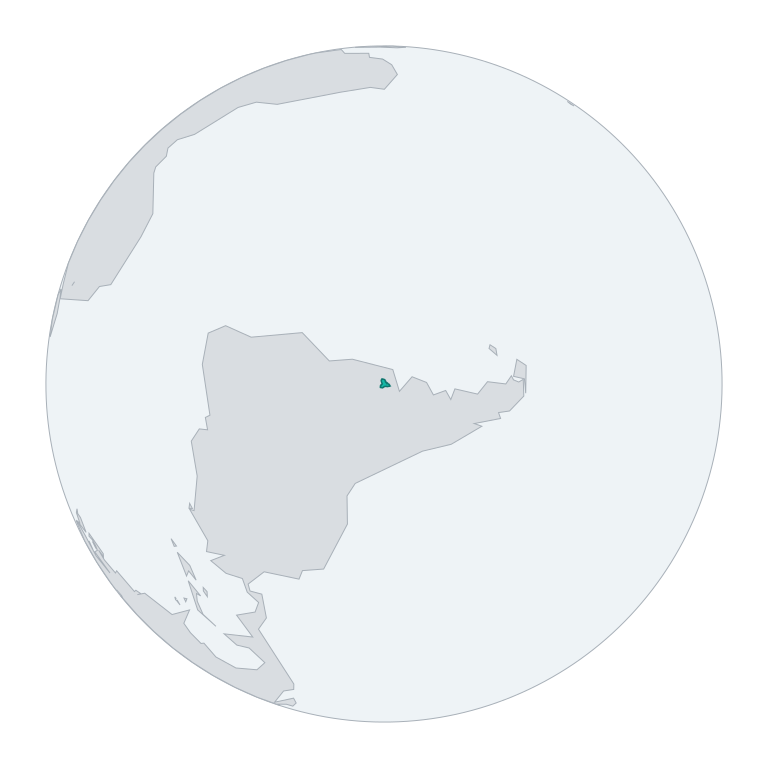 Tacuarembó highlighted on a globe, orthographic projection, rotated 246°
{"feature_id": "URY-15", "entity_name": "Tacuarembó", "entity_type": "Department", "adm_level": 1, "iso_a3": "URY", "parent_name": "Uruguay", "parent_adm1": "", "projection": "orthographic", "projection_center": [-55.77, -32.059], "detail": "fine", "context": "on_globe", "style": "filled", "palette": "teal", "viewbox_px": 768, "rotation_deg": 246, "n_neighbors": 0, "source": "natural_earth", "source_scale": "10m", "svg_char_len": 4943}
<svg xmlns="http://www.w3.org/2000/svg" viewBox="0 0 768 768"><g transform="rotate(246 384 384)"><circle cx="384" cy="384" r="338" fill="#eef3f6" stroke="#a8b0b8"/><path d="M297.6,57.3L294.3,58.3L297.4,58.2L304.3,56.1L304.3,55.6L314.0,53.4L338.0,49.2L362.2,46.8L364.3,46.8L384.0,47.2L384.3,47.8L367.9,49.4L344.1,51.1L322.8,56.8L348.4,51.5L348.6,54.5L353.6,54.8L360.4,54.2L364.9,52.6L367.5,53.8L343.2,58.5L340.5,57.5L348.2,55.7L337.0,57.0L320.6,61.8L322.1,63.8L295.9,71.6L296.5,73.4L291.2,76.7L291.9,73.0L290.2,80.3L259.6,96.6L256.7,114.5L246.8,103.8L235.5,106.0L221.4,111.3L220.5,114.1L203.0,119.4L184.8,133.2L174.6,151.7L177.9,161.8L197.7,153.4L205.3,143.4L220.8,136.3L206.2,161.2L232.8,155.3L228.1,173.5L235.4,180.6L249.5,174.4L263.9,175.5L275.3,162.7L293.1,153.9L292.4,168.5L303.1,153.7L312.5,159.3L348.7,155.5L345.6,159.0L375.9,175.9L410.2,184.7L418.1,197.0L413.9,204.2L426.1,207.2L426.3,212.3L475.8,226.0L502.0,244.1L501.7,263.0L480.8,281.7L464.2,330.2L427.3,343.4L419.5,365.2L393.6,397.9L371.0,395.1L379.2,412.6L368.1,423.5L353.9,424.7L353.0,437.7L342.6,438.7L350.7,446.8L336.7,465.4L344.0,479.5L334.5,495.3L339.7,503.7L335.1,504.0L331.0,507.9L331.6,513.1L316.1,506.8L308.3,487.7L311.3,477.0L305.1,476.5L311.2,450.3L305.6,456.2L301.6,420.9L307.0,391.8L304.9,317.3L296.8,304.7L270.9,293.6L239.5,253.6L246.7,233.6L240.3,227.0L261.2,198.1L256.5,178.5L249.4,177.4L241.7,186.9L218.1,181.4L211.1,169.6L146.6,179.6L141.7,177.3L144.4,167.4L137.8,154.6L133.8,173.6L128.3,174.0L126.8,169.7L131.2,164.5L135.0,156.1L132.5,158.4L149.5,140.7L167.8,124.3L187.2,109.3L207.6,95.8L229.0,83.7L251.2,73.3L274.1,64.5L297.6,57.3ZM253.4,121.9L283.9,125.1L265.0,130.3L268.9,127.5L261.5,125.0L247.2,125.0L231.0,131.9L253.4,121.9ZM270.5,107.2L265.1,107.8L270.7,106.4L270.5,107.2ZM343.1,521.4L317.9,509.7L331.6,514.4L338.3,505.5L352.5,515.4L343.1,521.4ZM364.2,498.9L373.7,494.4L376.7,496.8L370.9,500.6L364.2,498.9ZM598.0,122.5L602.2,127.6L594.8,123.3L581.3,114.1L562.8,98.1L578.4,107.6L598.0,122.5ZM715.6,449.2L714.0,456.7L707.0,481.0L702.0,482.6L692.3,504.6L688.3,503.6L681.4,514.9L672.5,520.9L661.3,522.1L653.1,504.2L660.5,492.2L668.4,462.4L682.9,400.2L693.4,382.0L696.0,363.1L689.1,312.5L691.2,294.6L687.4,282.6L680.6,277.8L675.2,263.8L670.3,259.5L633.6,242.1L617.3,221.8L585.9,174.8L588.8,163.7L580.5,147.5L593.6,122.8L606.3,132.0L622.7,144.8L638.9,162.1L653.8,180.5L667.3,199.9L679.5,220.1L690.3,241.2L699.5,263.0L707.2,285.4L713.3,308.3L717.8,331.5L720.7,355.0L721.9,378.6L721.4,402.3L719.3,425.9L715.6,449.2ZM600.8,138.9L603.3,142.9L600.8,138.9ZM349.8,155.3L354.0,157.9L348.2,158.3L349.8,155.3ZM261.6,136.1L268.4,134.8L271.7,136.1L266.3,137.9L261.6,136.1ZM321.0,126.3L329.3,126.6L320.4,128.5L321.0,126.3ZM288.9,125.5L314.4,126.7L297.2,132.8L281.2,132.6L292.7,129.5L288.9,125.5ZM265.7,114.3L269.8,114.2L268.0,116.6L265.7,114.3ZM274.6,106.3L272.8,106.8L271.2,105.7L274.6,106.3ZM350.1,54.2L352.1,53.9L358.7,53.6L354.9,54.4L350.1,54.2ZM391.7,50.7L394.9,52.8L390.1,51.5L385.5,52.4L369.6,51.5L383.6,48.1L380.1,49.5L391.7,50.7ZM352.2,50.6L360.7,50.7L350.9,50.8L352.2,50.6ZM567.6,666.4L560.7,670.7L563.8,668.3L567.6,666.4ZM689.2,529.1L682.7,541.0L685.8,532.7L693.3,517.6L703.3,494.5L689.2,529.1Z" fill="#d9dde1" stroke="#a8b0b8" stroke-width="1"/><path d="M380.1,386.6L380.3,385.8L380.4,385.6L380.6,385.5L380.7,385.4L380.9,385.2L381.1,385.0L381.1,384.9L381.2,384.3L381.3,384.2L381.4,383.9L381.4,383.7L381.4,383.4L381.4,383.2L381.5,383.2L381.5,382.9L381.4,382.8L381.4,382.7L381.4,382.4L381.2,382.2L381.2,381.9L381.2,381.6L381.1,381.4L381.1,381.2L381.2,380.8L381.4,380.6L381.5,380.4L381.8,380.2L382.0,379.8L382.0,379.7L382.2,379.4L382.3,379.3L382.5,379.3L383.0,379.6L383.2,379.8L383.6,379.9L383.6,380.0L383.8,380.2L383.8,380.3L383.8,380.5L383.9,380.8L384.1,381.0L384.3,381.1L384.5,381.1L384.5,381.3L384.6,381.5L384.6,381.8L384.6,382.0L384.6,382.3L384.8,382.5L385.0,382.5L385.3,382.5L385.8,382.5L386.0,382.5L386.6,382.6L386.9,382.6L387.1,382.6L387.3,382.6L387.5,382.7L388.0,382.8L388.3,382.9L388.4,383.0L388.5,383.0L388.7,383.3L388.8,383.3L388.9,383.5L389.1,383.7L389.2,383.9L389.3,384.0L389.5,384.3L389.4,384.4L389.2,384.3L389.0,384.5L388.8,384.7L388.8,384.8L388.8,385.0L388.7,385.3L388.6,385.5L388.4,385.7L388.3,385.8L388.2,385.9L388.0,386.0L387.9,386.2L387.8,386.3L387.6,386.4L387.5,386.5L387.3,386.5L387.1,386.5L386.8,386.4L386.6,386.4L386.2,386.6L385.8,386.4L385.7,386.4L385.6,386.2L385.4,386.2L385.4,386.3L385.3,386.5L385.2,386.6L384.9,386.7L384.7,386.6L384.5,386.8L384.4,386.9L384.2,386.8L384.1,386.7L384.0,386.8L383.9,386.8L384.0,386.9L384.0,387.0L383.9,387.1L383.8,387.3L383.7,387.4L383.4,387.2L383.2,387.3L383.1,387.5L382.9,387.6L382.8,387.8L382.6,387.8L382.4,387.8L382.2,387.9L382.0,388.1L381.9,388.2L381.8,388.3L381.7,388.5L381.4,388.5L381.2,388.5L380.9,388.6L380.7,388.7L380.4,388.6L380.2,388.6L379.9,388.6L379.7,388.7L379.7,388.3L379.7,388.1L379.7,387.9L379.8,387.7L380.1,386.8L380.1,386.6Z" fill="#14b8a6" stroke="#0f766e" stroke-width="1.5"/></g></svg>